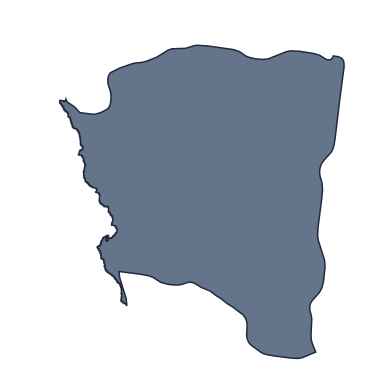 Santa Cruz de Barahona, Barahona, Dominican Republic, rotated 187°
{"feature_id": "3306468B33433581758578", "entity_name": "Santa Cruz de Barahona", "entity_type": "district", "adm_level": 2, "iso_a3": "DOM", "parent_name": "Dominican Republic", "parent_adm1": "Barahona", "projection": "robinson", "projection_center": [-71.102, 18.188], "detail": "fine", "context": "isolated", "style": "filled", "palette": "slate", "viewbox_px": 384, "rotation_deg": 187, "n_neighbors": 0, "source": "geoboundaries", "source_scale": "gbopen_adm2", "svg_char_len": 6023}
<svg xmlns="http://www.w3.org/2000/svg" viewBox="0 0 384 384"><g transform="rotate(187 192 192)"><path d="M68.3,344.3L68.9,342.4L70.0,340.8L70.9,340.2L73.0,339.7L75.2,340.1L81.8,343.2L87.8,344.3L102.2,344.8L111.5,344.1L115.6,342.7L132.8,333.3L138.7,332.1L146.3,332.0L152.3,332.7L155.2,333.6L162.0,337.1L168.0,338.4L193.7,338.9L204.7,338.3L207.6,337.5L216.0,333.8L229.4,331.7L233.3,329.7L243.6,321.4L252.9,316.4L256.6,314.8L264.6,312.9L267.1,312.0L278.9,306.2L287.1,300.7L287.9,299.8L289.0,297.3L289.3,293.2L288.5,289.0L285.1,281.7L284.0,277.0L283.7,272.1L283.9,269.0L284.7,266.1L285.5,264.8L287.3,263.0L292.4,259.7L297.3,257.5L300.4,257.1L313.0,257.1L319.3,262.4L326.9,266.1L328.3,268.6L328.3,267.5L328.8,267.5L328.8,266.9L329.4,266.9L329.4,266.3L331.0,266.3L331.0,266.9L334.3,266.9L334.3,265.0L333.7,265.0L333.7,263.8L332.6,263.8L332.6,262.5L331.5,262.5L331.5,261.9L331.0,261.9L331.0,260.7L329.9,260.7L329.9,259.4L329.4,259.4L329.4,258.8L328.8,258.8L328.8,257.5L327.7,257.5L327.7,256.9L327.2,256.9L327.2,256.3L325.5,256.3L325.5,255.6L325.0,255.6L325.0,255.0L324.4,255.0L324.4,252.5L323.9,252.5L323.9,251.3L322.3,251.3L322.3,250.6L321.7,250.6L321.7,248.8L321.2,248.8L321.2,248.1L320.6,248.1L320.6,246.3L320.1,246.3L320.1,245.6L319.6,245.6L319.6,244.4L319.0,244.4L319.0,243.1L318.5,243.1L318.5,241.9L317.9,241.9L317.9,241.3L316.8,241.3L316.8,240.6L314.1,240.6L314.1,240.0L313.6,240.0L313.6,239.4L313.0,239.4L313.0,238.7L312.5,238.7L312.5,238.1L311.9,238.1L311.9,237.5L311.4,237.5L311.4,236.2L310.8,236.2L310.8,235.0L310.3,235.0L310.3,233.1L309.7,233.1L309.7,231.2L309.2,231.2L309.2,229.4L308.7,229.4L308.7,226.2L308.1,226.2L308.1,225.0L307.6,225.0L307.6,224.4L306.5,224.3L306.5,223.7L305.9,223.7L305.9,222.5L305.4,222.5L305.4,221.9L305.9,221.9L305.9,220.6L307.0,220.6L307.0,220.0L308.1,220.0L308.1,218.7L308.7,218.7L308.7,215.6L309.2,215.6L309.2,215.0L305.9,215.0L305.9,214.4L305.4,214.4L305.4,213.7L304.9,213.7L304.9,213.1L304.3,213.1L304.3,212.5L303.8,212.5L303.8,210.0L303.2,210.0L303.2,209.3L302.7,209.3L302.7,208.1L302.1,208.1L302.1,207.5L301.6,207.5L301.6,205.6L301.0,205.6L301.0,204.3L301.6,204.3L301.6,200.0L302.1,200.0L302.1,198.1L301.6,198.1L301.6,195.0L301.0,195.0L301.0,193.1L300.5,193.1L300.5,192.5L300.0,192.5L300.0,191.8L299.4,191.8L299.4,190.0L298.9,190.0L298.9,189.3L297.8,189.3L297.8,188.7L297.2,188.7L297.2,188.1L296.1,188.1L296.1,187.5L295.6,187.5L295.6,186.8L295.0,186.8L295.0,186.2L294.0,186.2L294.0,185.6L292.9,185.6L292.9,184.9L291.3,184.9L291.3,184.3L288.0,184.3L288.0,183.7L286.9,183.7L286.9,180.6L287.4,180.6L287.4,179.9L284.7,179.9L284.7,179.3L284.2,179.3L284.2,178.7L283.6,178.7L283.6,177.4L283.1,177.4L283.1,171.8L282.5,171.8L282.5,171.2L282.0,171.2L282.0,169.9L281.4,169.9L281.4,169.3L280.4,169.3L280.4,168.7L279.3,168.7L279.3,168.1L278.2,168.1L278.2,167.4L277.1,167.4L277.1,166.8L275.5,166.8L275.5,167.4L273.8,167.4L273.8,166.8L273.3,166.8L273.3,166.2L272.7,166.2L272.7,162.4L272.2,162.4L272.2,161.8L271.1,161.8L271.1,161.2L270.6,161.2L270.6,159.9L270.0,159.9L270.0,159.3L269.5,159.3L269.5,158.7L268.4,158.7L268.4,157.4L267.8,157.4L267.8,156.8L267.3,156.8L267.3,151.8L267.8,151.8L267.8,149.3L264.6,149.3L264.6,148.7L264.0,148.7L264.0,148.0L262.9,148.0L262.9,146.8L262.4,146.8L262.4,146.2L261.8,146.2L261.8,142.4L262.4,142.4L262.4,141.8L262.9,141.8L262.9,140.5L263.5,140.5L263.5,139.3L264.6,139.3L264.6,138.6L265.1,138.6L265.1,137.4L265.7,137.4L265.7,136.8L266.7,136.8L266.7,136.2L268.9,136.2L268.9,135.5L269.5,135.5L269.5,133.6L270.0,133.6L270.0,133.0L271.1,133.0L271.1,133.6L271.6,133.6L271.6,135.5L270.6,135.5L270.6,136.2L269.5,136.2L269.5,138.6L271.1,138.6L271.1,138.0L271.6,138.0L271.6,137.4L272.2,137.4L272.2,136.8L273.3,136.8L273.3,136.2L274.4,136.2L274.4,135.5L274.9,135.5L274.9,133.6L275.5,133.6L275.5,132.4L276.0,132.4L276.0,131.1L276.5,131.1L276.5,129.9L276.0,129.9L276.0,128.6L276.5,128.6L276.5,128.0L277.1,128.0L277.1,127.4L277.6,127.4L277.6,126.8L278.7,126.8L278.7,126.1L279.3,126.1L279.3,125.5L278.7,125.5L278.7,124.3L277.6,124.3L277.6,123.0L277.1,123.0L277.1,122.4L276.0,122.4L276.0,120.5L275.5,120.5L275.5,119.9L274.9,119.9L274.9,118.0L274.4,118.0L274.4,115.5L273.8,115.5L273.8,114.9L272.7,114.9L272.7,114.3L271.6,114.3L271.6,113.6L271.1,113.6L271.1,111.8L270.6,111.8L270.6,110.5L270.0,110.5L270.0,109.2L269.5,109.2L269.5,108.0L270.0,108.0L270.0,107.4L269.5,107.4L269.5,106.7L268.9,106.7L268.9,104.9L268.4,104.9L268.4,104.2L267.8,104.2L267.8,103.6L267.3,103.6L267.3,103.0L266.7,103.0L266.7,102.4L265.7,102.4L265.7,101.7L264.0,101.7L264.0,101.1L263.5,101.1L263.5,100.5L261.8,100.5L261.8,99.9L261.3,99.9L261.3,99.2L260.2,99.2L260.2,98.6L259.1,98.6L259.1,98.0L258.6,98.0L258.6,97.4L258.0,97.4L258.0,96.7L257.5,96.7L257.5,96.1L256.4,96.1L256.4,94.9L255.9,94.9L255.9,94.2L255.3,94.2L255.3,93.6L254.8,93.6L254.8,93.0L253.7,93.0L253.7,92.4L252.6,92.4L252.6,91.7L252.0,91.7L252.0,90.5L251.5,90.5L251.5,89.9L251.0,89.9L251.0,88.6L250.4,88.6L250.4,86.7L249.9,86.7L249.9,82.3L249.3,82.3L249.3,79.8L248.8,79.8L248.8,78.0L249.3,78.0L249.3,75.5L248.8,75.5L248.8,74.8L247.7,74.8L247.7,74.2L247.1,74.2L247.1,73.6L245.5,73.6L245.5,73.0L243.9,73.0L243.9,72.3L243.3,72.3L243.3,71.7L242.9,71.7L244.3,78.1L252.9,97.1L253.8,99.8L254.7,104.2L232.5,104.1L224.7,103.6L220.3,102.5L212.0,98.5L204.6,97.4L198.4,97.5L194.0,98.1L191.2,98.9L184.5,102.0L180.6,102.3L178.1,101.6L171.3,98.5L162.0,95.9L155.2,92.0L150.3,89.7L143.6,85.6L137.4,82.7L126.1,76.1L123.4,73.1L121.6,69.2L121.0,66.0L120.3,56.3L119.4,53.2L118.2,50.8L116.5,48.7L114.4,47.0L104.1,41.3L101.5,40.3L97.0,39.6L90.9,39.3L73.8,39.2L67.5,39.6L64.5,40.2L61.8,41.3L49.7,48.2L54.2,56.4L55.8,60.5L56.5,65.3L57.6,80.1L58.3,83.1L60.6,89.2L61.2,93.3L60.7,96.1L59.6,98.7L53.7,107.1L51.8,111.3L51.1,114.6L50.6,119.8L50.8,133.7L52.1,140.4L60.7,159.3L62.0,163.9L62.6,172.5L62.4,201.1L62.7,210.0L64.0,216.6L67.1,224.1L67.7,226.9L67.9,229.9L67.6,232.9L66.9,235.8L64.8,239.7L58.8,248.2L57.6,251.1L56.7,256.1L56.5,263.0L56.6,301.9L56.3,335.1L57.2,339.6L57.8,341.0L59.7,343.0L63.2,344.1L68.3,344.3Z" fill="#64748b" stroke="#1e293b" stroke-width="1.5"/></g></svg>